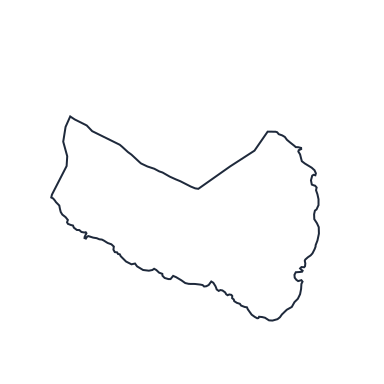 Gilman, Federated States of Micronesia, rotated 297°
{"feature_id": "79324940B77190916627334", "entity_name": "Gilman", "entity_type": "district", "adm_level": 2, "iso_a3": "FSM", "parent_name": "Federated States of Micronesia", "parent_adm1": "", "projection": "natural_earth1", "projection_center": [138.059, 9.451], "detail": "fine", "context": "isolated", "style": "outline", "palette": "slate", "viewbox_px": 384, "rotation_deg": 297, "n_neighbors": 0, "source": "geoboundaries", "source_scale": "gbopen_adm2", "svg_char_len": 2675}
<svg xmlns="http://www.w3.org/2000/svg" viewBox="0 0 384 384"><g transform="rotate(297 192 192)"><path d="M204.0,49.2L192.6,49.8L178.4,54.4L167.2,64.6L158.2,68.5L126.1,68.4L123.2,69.1L123.2,71.2L122.1,73.8L121.2,75.4L119.7,79.9L117.0,82.0L114.6,84.1L113.0,86.7L112.2,90.8L110.7,94.1L108.3,94.4L107.3,95.9L107.6,99.0L108.1,101.2L106.6,102.9L105.9,106.6L106.9,108.9L106.8,109.4L106.2,111.6L107.0,114.4L107.9,115.6L107.3,116.7L103.5,116.7L102.2,117.1L102.3,118.6L104.3,118.8L105.6,119.5L106.5,124.7L107.6,128.1L107.8,130.9L108.7,133.3L108.7,135.5L108.4,138.7L108.3,140.1L108.8,143.9L107.9,147.1L104.9,148.2L103.4,150.5L104.2,152.7L103.2,154.2L103.7,155.9L102.4,157.7L100.1,164.8L100.1,170.9L102.4,173.7L100.8,176.8L100.3,183.8L102.3,189.3L104.5,192.1L106.4,193.1L106.3,195.6L105.2,199.3L105.6,202.7L104.0,203.7L103.0,206.6L103.7,210.5L104.7,212.4L106.5,212.8L108.7,213.3L108.9,216.5L108.5,222.6L107.8,227.3L108.7,230.9L111.4,236.4L113.3,241.5L113.9,243.7L113.3,245.7L114.5,247.5L116.7,249.1L119.3,249.5L121.0,249.8L120.8,252.2L118.7,255.7L117.6,257.0L116.4,258.2L116.0,260.7L117.5,261.8L118.1,263.8L117.6,267.1L116.4,268.9L116.2,270.6L117.6,271.7L118.2,273.7L117.7,275.0L115.6,276.0L115.2,278.0L113.9,279.2L113.6,282.3L114.1,285.4L113.1,287.3L113.5,291.2L114.2,293.3L112.8,295.0L109.8,300.8L109.2,304.6L109.1,307.4L109.8,308.4L111.3,308.4L112.4,311.2L113.1,314.1L112.6,318.9L114.0,322.1L117.5,325.9L120.3,327.2L123.7,327.7L130.1,329.9L134.9,333.1L140.4,333.3L144.9,334.8L150.0,334.7L155.2,333.2L159.8,331.2L162.3,331.2L163.1,329.5L160.8,327.0L160.9,326.5L161.1,324.9L162.3,322.4L164.7,320.9L167.6,320.9L169.8,324.6L171.0,326.3L172.1,326.3L172.4,324.6L173.0,323.0L174.8,323.6L175.9,326.1L177.2,326.4L179.8,325.4L181.9,323.7L183.2,323.6L186.5,324.9L189.4,326.5L192.0,327.2L196.7,327.2L199.4,326.9L200.8,326.3L205.7,325.8L212.5,324.0L218.2,320.9L220.9,317.5L223.3,313.3L227.6,310.9L231.1,310.0L231.5,310.1L233.0,310.9L236.9,310.7L237.7,310.7L243.0,308.0L246.9,304.8L249.9,301.7L252.6,301.0L253.5,298.8L253.2,297.3L253.0,295.4L256.4,292.7L261.1,291.7L262.5,292.5L262.9,294.3L264.9,293.9L266.5,291.9L267.0,291.3L268.0,287.6L268.6,279.7L269.3,275.9L271.5,273.9L274.6,271.2L276.3,268.4L277.7,268.1L279.8,269.8L280.8,269.2L280.1,266.2L279.1,264.1L279.6,262.3L280.7,256.8L281.6,252.9L283.2,249.7L283.4,246.7L282.9,243.0L283.9,240.8L283.6,239.0L282.2,236.2L280.1,232.0L257.2,228.9L232.2,214.4L197.7,196.2L196.7,193.2L196.3,188.5L196.3,176.7L195.9,171.8L195.6,165.2L196.0,156.9L195.5,153.5L195.6,147.8L194.5,140.7L194.3,133.6L194.8,131.6L197.8,121.1L198.5,116.8L200.6,109.2L201.3,106.2L200.9,75.4L203.5,68.0L203.4,54.6L204.0,49.2Z" fill="none" stroke="#1e293b" stroke-width="2"/></g></svg>